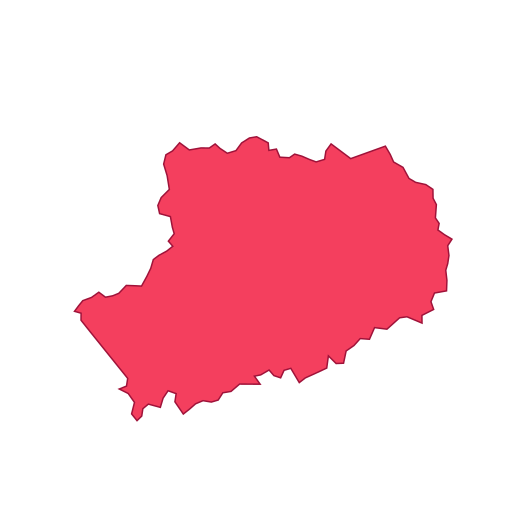 the district of Lagoa de São Francisco, Piauí, Brazil, rotated 338°
{"feature_id": "56859067B87482275169203", "entity_name": "Lagoa de São Francisco", "entity_type": "district", "adm_level": 2, "iso_a3": "BRA", "parent_name": "Brazil", "parent_adm1": "Piauí", "projection": "albers", "projection_center": [-41.587, -4.356], "detail": "fine", "context": "isolated", "style": "filled", "palette": "rose", "viewbox_px": 512, "rotation_deg": 338, "n_neighbors": 0, "source": "geoboundaries", "source_scale": "gbopen_adm2", "svg_char_len": 1714}
<svg xmlns="http://www.w3.org/2000/svg" viewBox="0 0 512 512"><g transform="rotate(338 256 256)"><path d="M309.7,155.7L301.3,145.7L294.1,144.1L285.0,145.8L276.9,150.8L267.9,150.0L262.9,142.7L260.1,136.8L253.1,138.4L245.5,135.2L233.9,132.7L227.6,122.4L218.0,127.3L210.4,128.4L204.8,136.2L203.7,148.2L200.6,161.8L190.0,166.3L183.9,172.4L182.5,180.6L191.4,187.4L189.2,198.1L188.5,204.7L180.3,209.4L182.5,215.8L175.1,218.0L166.3,219.0L159.5,220.8L153.8,228.0L147.3,233.9L138.6,241.0L131.0,237.5L124.7,234.7L114.8,239.2L108.1,239.2L101.0,237.8L96.7,230.7L88.0,232.8L78.7,232.5L72.9,235.7L67.0,239.3L72.4,243.5L69.7,250.0L74.0,264.5L91.2,321.4L87.2,328.1L79.4,328.1L86.0,335.6L88.5,346.2L81.5,355.8L84.0,364.1L90.1,361.6L93.9,355.2L100.7,353.0L110.6,360.5L116.6,353.0L124.0,348.0L130.4,353.7L126.2,360.8L129.4,375.3L137.5,372.9L144.6,370.4L152.7,370.3L159.9,374.7L167.0,375.4L174.0,370.4L182.1,372.2L192.8,368.6L211.8,376.4L209.5,366.8L215.8,368.0L225.4,366.6L227.8,373.6L233.2,378.2L239.2,372.5L246.2,373.2L248.7,389.6L256.1,387.5L266.2,387.1L279.6,386.4L285.7,375.7L290.0,385.7L297.0,388.2L304.0,377.8L313.3,375.7L321.7,371.6L330.0,375.7L339.1,366.8L350.0,372.9L366.0,367.1L373.2,368.9L384.8,380.4L387.6,373.2L400.7,372.1L401.1,363.9L407.6,357.2L419.6,359.7L423.9,350.1L426.6,340.3L430.9,334.9L435.1,327.8L437.6,318.3L444.0,313.8L438.7,306.8L434.4,300.0L438.0,294.4L436.6,287.9L442.5,275.9L441.8,268.8L445.0,260.5L440.2,253.4L431.6,247.5L426.9,241.4L425.5,228.9L418.8,220.4L418.5,212.2L417.1,202.6L380.3,201.2L367.6,180.2L360.1,184.9L355.8,192.1L347.0,191.3L341.9,186.7L335.9,180.6L330.0,176.0L323.8,177.4L315.1,173.3L315.0,164.5L307.5,162.9L309.7,155.7Z" fill="#f43f5e" stroke="#9f1239" stroke-width="1.5"/></g></svg>